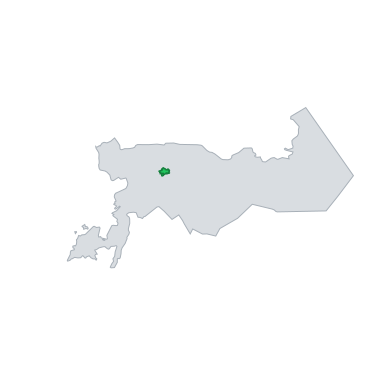 location of Karmana, Navoi, Uzbekistan, rotated 145°
{"feature_id": "79887680B23954211598190", "entity_name": "Karmana", "entity_type": "district", "adm_level": 2, "iso_a3": "UZB", "parent_name": "Uzbekistan", "parent_adm1": "Navoi", "projection": "mercator", "projection_center": [65.268, 40.01], "detail": "fine", "context": "in_parent", "style": "filled", "palette": "green", "viewbox_px": 384, "rotation_deg": 145, "n_neighbors": 0, "source": "geoboundaries", "source_scale": "gbopen_adm2", "svg_char_len": 4659}
<svg xmlns="http://www.w3.org/2000/svg" viewBox="0 0 384 384"><g transform="rotate(145 192 192)"><path d="M293.6,177.2L298.9,174.6L301.8,176.3L302.1,177.3L298.9,179.2L296.0,180.2L295.1,182.6L292.2,183.7L289.3,187.0L284.8,190.4L284.7,191.1L285.1,191.7L286.6,192.1L289.6,193.9L292.5,192.9L293.2,193.1L293.9,194.2L294.7,197.2L296.0,198.0L300.2,199.6L303.3,199.6L304.8,200.3L305.1,200.0L305.3,195.5L306.6,196.2L308.0,195.7L308.6,193.4L308.3,191.9L309.3,191.1L309.8,191.6L309.9,193.0L311.4,193.9L312.5,196.1L312.8,198.7L315.7,199.4L316.7,198.9L317.5,199.2L317.9,202.4L318.3,202.6L320.8,202.0L323.2,203.4L325.7,205.8L328.5,206.0L329.1,206.4L331.2,206.0L333.5,206.7L333.6,207.1L333.2,207.6L327.6,210.6L326.0,212.6L324.8,213.3L321.5,212.2L320.9,213.4L321.5,214.6L320.7,216.0L319.0,215.5L318.7,214.8L317.0,215.2L315.0,217.3L314.1,219.1L312.3,219.6L309.8,221.4L308.7,220.0L306.9,220.1L304.5,218.7L303.4,218.5L292.6,220.3L291.8,220.0L290.6,217.7L288.0,216.4L288.0,215.2L293.6,210.2L294.2,208.6L292.4,207.8L292.7,206.5L289.1,202.4L288.5,202.2L288.0,202.4L286.6,205.3L277.1,210.4L275.7,210.0L273.5,208.0L272.2,207.4L270.4,209.0L270.5,210.9L268.7,212.4L270.3,217.6L270.2,218.3L268.9,218.4L269.9,220.4L269.1,220.6L264.5,219.9L259.2,221.1L259.4,221.9L264.1,221.7L264.8,222.1L264.9,222.7L264.6,223.1L262.1,223.6L261.9,224.4L263.2,226.6L262.6,227.1L261.7,226.7L261.0,228.2L259.4,228.1L258.5,232.5L257.2,234.0L255.4,234.8L244.2,232.8L241.3,234.2L239.4,236.1L238.1,240.9L238.2,241.4L243.0,243.3L243.8,246.2L249.6,246.4L250.5,246.8L251.0,247.6L251.3,248.4L249.6,253.0L250.3,257.2L251.2,259.1L254.6,262.7L254.5,264.7L253.7,266.4L252.7,268.0L251.7,268.6L250.3,270.6L249.0,273.0L246.6,276.1L245.8,277.8L245.5,282.9L244.8,284.4L244.7,283.8L243.9,283.2L241.3,283.1L240.9,282.4L237.6,283.6L235.5,283.1L233.5,281.0L229.5,280.2L224.4,280.7L224.3,275.5L224.5,271.6L226.2,268.6L226.2,268.0L225.3,266.9L222.3,266.1L218.7,263.6L215.3,262.0L213.5,261.5L211.3,262.4L209.4,262.1L200.6,255.8L193.1,251.2L187.9,246.5L185.5,247.0L178.9,242.6L174.7,238.0L160.6,227.7L157.8,225.2L157.1,223.9L156.0,217.5L154.7,214.6L152.9,213.0L151.4,209.9L149.1,202.3L148.2,200.9L144.0,197.7L141.5,196.9L139.7,197.4L138.7,198.7L137.3,198.8L131.1,197.5L124.3,198.1L118.3,194.2L117.9,193.6L118.0,192.5L119.1,189.9L118.9,188.8L118.1,187.6L118.1,186.3L118.6,185.5L119.7,185.8L120.1,185.3L120.0,184.6L118.6,183.0L115.9,181.5L116.4,180.5L116.5,178.0L116.9,176.7L116.6,176.2L114.5,174.4L107.8,174.3L106.2,173.7L104.9,173.0L103.6,170.2L102.9,169.5L98.3,168.4L93.5,163.5L92.6,165.7L91.7,166.1L88.1,165.6L86.3,166.9L90.7,171.9L91.7,173.4L91.6,174.3L90.4,174.4L89.2,172.0L88.5,171.4L84.3,170.1L82.9,171.6L82.6,173.5L80.8,176.7L78.6,177.3L73.6,177.4L72.1,178.2L71.1,179.0L69.2,181.9L66.7,184.1L67.6,193.1L69.3,195.3L67.6,197.2L50.4,195.9L50.4,112.8L75.2,104.8L93.0,99.6L133.4,126.7L134.4,127.8L134.9,130.1L136.0,131.9L149.7,147.4L169.7,144.3L190.1,146.1L197.8,142.3L203.8,149.1L207.5,151.5L212.6,161.3L217.5,158.7L216.6,170.4L216.1,173.9L216.0,180.8L224.1,181.0L225.8,192.1L227.5,199.0L229.3,199.8L244.5,198.9L245.6,199.4L247.8,198.7L249.1,200.9L250.7,202.3L249.6,207.1L251.5,209.0L255.7,211.3L258.3,211.2L258.7,210.4L258.6,209.3L258.0,208.1L258.1,206.7L258.5,205.7L261.0,202.0L265.1,198.5L266.0,197.2L266.4,194.9L267.9,193.6L271.4,192.2L271.9,191.1L276.3,188.2L281.2,186.4L283.4,184.9L285.6,182.1L288.7,179.2L289.9,179.1L290.7,180.0L291.5,180.1L293.6,177.2ZM292.6,204.3L292.0,202.9L291.3,202.4L290.9,202.6L292.1,204.4L292.6,204.3ZM301.7,227.0L298.5,226.9L299.1,224.8L297.9,223.8L297.7,222.8L297.9,221.8L298.7,221.4L299.7,222.9L302.1,223.6L301.3,225.1L301.9,226.7L301.7,227.0ZM311.4,224.8L310.8,226.7L309.4,225.8L309.6,225.3L311.4,224.8Z" fill="#d9dde1" stroke="#a8b0b8" stroke-width="1"/><path d="M201.7,228.3L202.1,228.3L202.3,228.3L202.7,228.1L203.2,228.2L203.6,228.1L203.8,228.0L204.0,227.6L203.7,227.3L204.4,227.0L204.7,227.3L205.0,227.3L205.4,227.6L206.2,227.7L206.8,228.0L207.0,227.9L206.8,227.5L207.2,226.6L206.7,226.4L206.7,226.0L207.2,225.8L207.2,225.2L207.3,225.1L207.1,225.0L206.5,225.0L206.6,224.2L207.4,222.8L207.3,222.7L207.2,222.3L206.6,222.1L205.9,222.0L205.1,222.4L204.4,222.3L203.7,222.2L203.0,222.1L202.4,222.4L201.8,222.1L201.5,221.8L201.4,221.5L201.7,221.2L201.2,221.1L199.9,220.5L199.6,220.6L199.8,221.6L199.5,221.8L198.9,221.8L198.2,222.6L198.8,223.5L198.9,223.9L198.5,224.0L198.3,224.0L198.5,224.6L199.8,224.5L200.6,225.2L200.5,226.0L201.0,226.6L201.0,226.9L201.2,227.1L201.7,228.3ZM205.3,223.4L205.4,223.6L205.6,223.8L205.7,224.0L205.2,224.1L204.9,223.9L204.9,223.5L205.1,223.5L205.1,223.4L204.9,223.4L204.9,223.2L205.2,223.2L205.3,223.4Z" fill="#22c55e" stroke="#15803d" stroke-width="1.5"/></g></svg>